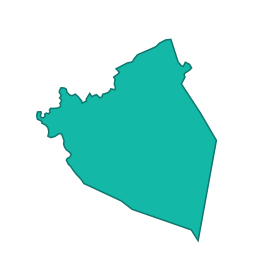 Hilir Perak, Perak, Malaysia (Robinson projection), rotated 12°
{"feature_id": "92858781B22545917435133", "entity_name": "Hilir Perak", "entity_type": "district", "adm_level": 2, "iso_a3": "MYS", "parent_name": "Malaysia", "parent_adm1": "Perak", "projection": "robinson", "projection_center": [100.994, 4.019], "detail": "fine", "context": "isolated", "style": "filled", "palette": "teal", "viewbox_px": 256, "rotation_deg": 12, "n_neighbors": 0, "source": "geoboundaries", "source_scale": "gbopen_adm2", "svg_char_len": 1528}
<svg xmlns="http://www.w3.org/2000/svg" viewBox="0 0 256 256"><g transform="rotate(12 128 128)"><path d="M42.7,141.1L46.9,142.3L49.3,144.0L50.5,146.0L51.4,148.7L51.4,152.7L54.7,153.4L56.5,152.4L58.3,151.4L61.9,147.7L64.2,147.7L66.3,150.7L68.1,153.8L68.4,157.1L69.9,159.8L72.3,162.2L75.3,163.5L78.0,165.6L77.1,168.6L75.0,170.3L74.4,172.3L77.1,175.7L80.4,178.0L83.6,181.1L87.2,184.1L92.6,187.8L96.5,191.5L136.5,200.7L149.0,206.7L211.1,214.5L219.5,223.1L220.0,223.6L217.0,121.7L195.6,98.2L171.0,73.8L173.1,66.5L171.8,64.1L172.3,62.4L174.6,60.2L176.4,58.3L177.7,55.9L174.8,52.9L170.4,51.8L169.3,56.1L167.4,56.1L165.7,54.9L163.2,52.9L151.5,32.4L146.6,34.0L141.2,38.4L138.3,42.8L123.6,53.3L121.9,54.6L121.0,56.4L119.6,59.0L118.7,62.2L116.6,63.3L113.7,64.6L104.0,72.6L105.7,73.6L108.0,75.4L106.8,77.5L103.4,81.2L105.3,83.1L105.3,84.4L105.5,87.9L107.4,91.3L107.2,93.3L103.0,93.3L102.8,94.8L101.1,97.6L99.2,98.7L96.3,100.2L96.0,103.0L94.2,104.3L90.2,101.9L88.1,103.2L86.2,104.9L83.4,102.1L81.1,108.6L81.8,110.3L77.8,113.1L77.0,111.2L72.7,107.7L69.4,105.8L66.7,108.0L64.4,108.0L62.9,107.1L61.0,106.0L59.5,102.8L57.2,102.1L54.1,102.6L53.2,105.6L53.4,107.5L56.0,109.9L54.9,112.9L56.6,113.8L57.4,116.2L56.2,117.9L57.0,119.2L57.6,120.9L56.4,122.2L55.1,123.1L53.2,123.7L50.9,124.4L48.2,124.8L47.4,126.7L48.6,128.5L47.3,130.6L45.0,130.4L43.6,131.7L44.4,133.9L43.1,135.6L41.1,135.8L39.6,133.9L40.2,131.7L39.4,130.2L36.2,131.1L36.0,134.5L37.5,138.2L41.1,139.0L42.9,140.1L42.7,141.1Z" fill="#14b8a6" stroke="#0f766e" stroke-width="1.5"/></g></svg>